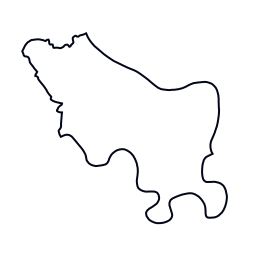 Tan Tru, Long An, Vietnam (Albers equal-area conic projection), rotated 352°
{"feature_id": "81297802B79980761269040", "entity_name": "Tan Tru", "entity_type": "district", "adm_level": 2, "iso_a3": "VNM", "parent_name": "Vietnam", "parent_adm1": "Long An", "projection": "albers", "projection_center": [106.499, 10.529], "detail": "fine", "context": "isolated", "style": "outline", "palette": "ink", "viewbox_px": 256, "rotation_deg": 352, "n_neighbors": 0, "source": "geoboundaries", "source_scale": "gbopen_adm2", "svg_char_len": 4386}
<svg xmlns="http://www.w3.org/2000/svg" viewBox="0 0 256 256"><g transform="rotate(352 128 128)"><path d="M40.6,29.2L39.3,30.3L37.6,32.0L36.7,33.3L35.6,35.0L34.5,36.5L34.1,37.1L34.0,37.4L34.2,38.2L34.4,38.6L34.7,40.0L34.8,41.0L34.9,41.4L35.2,42.0L35.4,42.3L36.0,42.7L37.1,43.0L38.6,43.6L39.2,44.3L39.5,44.9L39.7,45.4L39.8,46.5L39.9,47.9L40.0,49.3L40.6,50.7L42.4,53.6L43.3,55.6L44.6,57.6L45.9,59.7L45.2,60.7L43.7,62.5L43.5,63.6L44.8,64.1L45.5,64.8L46.0,65.6L45.9,66.7L46.1,67.5L48.1,71.0L50.0,74.0L51.0,75.9L52.3,78.5L53.4,81.5L54.7,83.9L56.2,86.1L56.3,86.4L56.3,86.8L55.7,87.8L55.5,88.3L55.6,88.9L56.1,89.6L58.0,91.0L59.9,92.1L63.7,93.6L66.1,94.5L65.7,95.5L65.4,95.8L63.4,96.8L61.8,98.1L60.9,99.6L60.3,100.2L60.1,100.8L60.1,101.3L60.9,102.0L62.0,102.7L63.6,103.2L64.8,103.4L64.4,105.0L63.7,108.0L62.3,114.4L61.9,117.2L61.4,118.4L60.0,119.9L59.5,120.3L59.1,120.8L58.9,121.4L58.9,121.7L59.1,123.3L59.3,124.7L59.9,126.5L60.3,127.4L62.8,126.6L65.1,126.1L67.0,126.2L69.0,126.9L71.0,128.5L73.0,131.5L76.0,136.4L79.7,142.4L81.3,145.8L81.8,147.5L82.1,148.1L82.3,149.5L82.4,150.4L82.5,152.5L82.5,153.9L82.8,154.6L83.1,155.4L83.5,156.1L84.6,157.8L86.4,159.3L87.8,160.1L89.5,160.7L90.2,161.1L91.8,161.3L94.0,161.3L97.5,161.3L100.7,160.9L102.4,160.0L104.0,158.1L105.6,155.0L107.6,152.4L109.2,151.0L111.9,149.4L114.1,148.5L116.8,148.1L119.1,148.1L121.4,148.6L123.6,149.8L125.9,151.7L126.2,152.0L127.4,153.3L129.3,156.2L130.4,159.0L131.2,161.8L131.7,164.0L132.0,169.0L131.7,172.4L130.8,176.3L129.8,179.7L129.3,182.0L129.2,183.5L129.2,184.1L129.2,185.4L129.3,186.8L129.5,187.9L129.6,188.3L130.1,189.2L131.1,190.4L132.3,191.4L134.1,192.5L135.6,193.1L137.4,193.6L139.7,193.8L142.8,194.2L145.2,194.6L146.5,195.2L147.9,196.2L148.5,197.3L149.0,198.6L149.1,199.8L149.1,201.6L148.9,202.6L148.4,203.7L147.5,205.1L146.2,206.7L144.5,207.7L140.6,209.7L137.9,210.8L135.8,212.2L134.8,213.2L134.1,214.5L134.0,215.3L134.0,216.3L134.2,218.0L135.4,220.4L136.3,221.9L138.2,223.6L141.2,225.4L143.6,226.3L146.9,226.7L150.3,226.7L153.8,226.0L156.1,225.1L157.2,224.3L157.9,223.7L158.7,222.7L159.1,222.1L159.5,221.0L159.7,220.0L159.6,218.6L158.8,213.7L158.3,210.3L158.6,208.1L159.4,206.3L160.3,205.1L162.3,204.0L164.5,203.3L164.7,203.2L168.1,202.3L172.2,201.5L175.7,201.2L179.3,201.1L181.4,201.4L183.3,202.0L185.6,203.3L188.5,205.8L190.2,208.1L191.4,210.1L192.4,212.3L193.1,214.2L193.5,217.3L193.3,220.7L193.0,223.0L192.9,224.3L193.1,226.0L193.5,226.8L193.7,227.1L194.3,227.7L195.1,227.9L196.1,228.2L197.1,228.3L199.5,228.5L202.0,228.5L204.4,227.9L206.2,226.9L209.3,224.7L211.1,222.7L213.2,219.4L214.7,216.1L215.6,213.4L216.0,211.7L216.4,209.8L216.4,208.3L216.4,207.2L216.2,205.4L216.1,203.2L215.8,202.1L215.0,199.5L214.1,198.0L212.1,195.9L209.8,194.6L206.3,193.3L202.2,192.9L198.3,192.4L197.2,191.8L195.9,190.4L195.4,189.2L195.0,186.3L195.1,182.8L195.7,179.0L196.6,175.1L198.0,171.7L198.6,170.4L200.0,168.7L201.6,167.5L204.0,166.7L208.2,165.3L207.3,162.9L207.1,161.4L207.0,159.7L207.0,158.1L207.4,155.5L208.4,152.7L210.1,149.9L212.1,146.6L213.1,144.9L213.2,144.7L214.7,141.6L216.2,138.7L217.5,135.3L218.6,131.8L219.8,127.5L220.7,122.9L220.8,120.4L221.2,116.6L221.5,113.8L221.8,112.1L222.0,108.4L221.8,105.8L221.4,103.0L220.6,100.6L219.4,98.6L218.2,97.0L216.9,95.7L215.0,94.7L212.8,93.6L210.5,93.0L208.3,92.9L204.0,92.7L199.2,92.7L197.4,93.1L196.2,93.4L194.7,93.8L190.9,95.2L187.1,96.2L183.1,96.6L179.7,96.6L177.7,96.4L176.8,96.3L174.0,96.2L170.2,95.3L166.4,94.2L163.5,92.4L160.5,89.5L157.1,85.8L154.5,82.8L152.2,80.5L151.3,79.6L147.7,76.1L146.2,74.8L144.7,73.5L142.3,71.8L139.7,70.3L135.9,68.1L131.8,65.4L123.2,59.6L117.9,54.9L114.4,51.5L110.2,46.7L106.2,42.2L103.7,38.4L101.9,35.0L100.8,32.3L100.0,29.4L99.7,28.4L97.2,29.2L95.6,29.4L93.5,29.6L92.2,30.2L91.6,30.6L90.7,30.5L90.0,30.2L89.2,29.4L88.1,29.5L86.6,30.3L85.9,31.0L85.7,31.8L85.7,33.0L85.8,34.2L85.9,35.4L85.8,35.8L85.2,36.5L84.5,37.0L83.0,38.0L82.4,39.1L81.6,39.3L81.4,39.4L81.0,39.2L80.8,38.6L80.2,37.6L79.6,37.1L78.7,36.9L77.6,37.0L76.9,37.3L75.1,38.7L73.2,39.4L71.7,39.5L70.4,39.0L69.2,38.6L67.6,38.4L66.2,38.4L65.5,38.2L65.2,37.6L65.2,36.6L65.1,35.9L65.0,34.9L64.5,34.7L64.0,34.6L62.9,34.6L62.2,34.3L62.0,33.9L61.8,33.0L61.9,31.3L61.8,29.9L61.5,29.4L61.1,29.4L60.4,29.4L59.7,29.6L58.6,30.4L57.7,30.0L57.2,29.8L55.9,29.1L53.7,28.3L51.6,27.7L49.6,27.5L46.8,27.5L44.5,27.5L43.5,27.9L42.3,28.5L40.6,29.2Z" fill="none" stroke="#020617" stroke-width="2"/></g></svg>